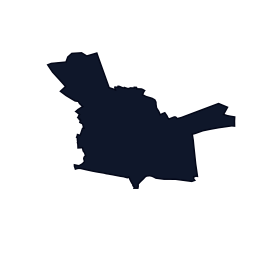 the district of Maiduguri, Borno, Nigeria, rotated 112°
{"feature_id": "59680162B20780696540875", "entity_name": "Maiduguri", "entity_type": "district", "adm_level": 2, "iso_a3": "NGA", "parent_name": "Nigeria", "parent_adm1": "Borno", "projection": "robinson", "projection_center": [13.133, 11.834], "detail": "fine", "context": "isolated", "style": "filled", "palette": "ink", "viewbox_px": 256, "rotation_deg": 112, "n_neighbors": 0, "source": "geoboundaries", "source_scale": "gbopen_adm2", "svg_char_len": 2695}
<svg xmlns="http://www.w3.org/2000/svg" viewBox="0 0 256 256"><g transform="rotate(112 128 128)"><path d="M87.1,126.6L86.9,128.0L86.8,128.8L86.8,129.9L86.9,130.5L88.1,133.7L88.4,134.5L87.8,134.8L87.2,135.4L87.5,136.2L87.9,137.4L88.6,137.1L89.2,138.8L89.3,139.0L89.5,139.5L89.8,140.6L91.5,142.6L91.6,143.7L91.8,146.5L92.5,146.4L92.7,148.4L92.8,149.7L92.7,149.8L92.7,150.8L92.7,151.1L92.7,151.6L92.8,152.2L93.1,152.9L94.1,152.6L94.1,152.8L94.4,153.5L94.8,155.1L95.1,155.5L95.6,155.2L96.0,154.9L96.3,154.7L96.5,154.5L97.4,153.9L97.4,156.2L97.7,160.6L74.7,181.1L70.2,185.0L76.7,193.2L75.7,199.2L79.9,208.0L84.7,210.4L90.1,210.2L96.9,223.3L99.5,226.1L102.3,222.0L104.5,218.7L108.6,210.1L112.9,201.4L119.3,204.4L121.1,197.5L122.2,190.6L122.7,187.2L121.9,184.0L123.0,182.7L123.6,181.8L124.2,180.2L124.6,179.2L125.1,178.0L126.9,179.3L129.5,181.2L132.3,182.6L132.4,181.8L133.1,179.6L133.6,177.9L134.9,178.3L135.9,178.3L137.2,178.5L137.7,176.3L138.4,176.4L138.5,176.1L138.6,174.9L139.3,174.9L140.4,174.8L140.8,174.8L140.9,174.3L141.0,173.1L141.0,172.2L141.4,171.4L143.7,169.7L144.7,168.7L145.3,170.0L147.3,169.9L148.8,169.8L150.4,169.7L152.9,169.7L152.9,171.7L153.0,172.4L154.1,172.2L154.6,172.1L155.9,172.2L156.3,171.2L157.2,170.7L158.0,170.5L159.1,169.7L160.5,169.4L161.5,168.6L162.9,167.9L165.2,166.9L164.5,165.4L163.3,162.9L164.9,161.7L166.0,161.0L167.2,159.0L169.8,156.8L170.7,157.6L171.6,157.7L172.2,157.7L173.1,157.5L174.6,156.3L175.5,155.9L176.1,155.9L176.9,156.3L177.9,156.7L179.0,157.4L180.1,158.3L180.9,158.9L181.5,159.8L182.2,163.9L183.4,163.4L184.6,162.4L185.8,161.4L185.3,160.8L184.2,159.3L183.7,158.2L183.2,156.7L182.4,151.6L181.2,144.7L180.4,140.7L178.7,133.1L178.5,131.2L177.7,127.9L177.7,127.6L177.1,125.0L176.6,122.4L175.5,116.8L174.8,114.0L174.4,110.5L174.3,109.9L173.1,108.9L176.3,105.4L177.7,103.7L178.2,102.9L178.7,102.1L179.3,102.0L179.7,101.7L180.1,100.5L180.6,100.1L181.6,99.9L180.9,98.3L180.1,96.3L179.6,96.4L178.2,96.7L176.7,97.4L176.1,97.5L174.1,96.8L172.2,96.0L169.1,94.6L167.3,94.0L165.9,93.1L165.5,92.7L164.1,90.1L163.7,88.0L163.7,86.4L164.0,83.3L162.0,75.6L157.7,64.7L153.6,48.9L151.5,46.5L150.9,47.7L150.3,48.2L149.8,48.4L148.5,48.9L148.2,48.1L147.2,47.1L146.8,45.5L136.0,51.8L119.1,60.8L115.2,62.8L109.7,66.1L107.8,63.6L102.5,57.6L98.3,51.3L93.7,44.0L87.1,32.6L86.3,29.9L81.6,31.9L77.8,33.2L78.7,37.1L79.4,40.8L79.6,44.5L71.5,43.5L71.4,53.2L91.0,74.5L98.2,82.3L101.0,86.0L100.4,86.8L100.1,87.7L100.1,88.5L100.5,89.3L104.4,93.4L103.5,95.1L102.2,96.4L100.1,99.6L101.5,101.1L103.7,103.1L101.1,105.7L98.7,109.1L95.6,110.9L93.6,111.8L91.9,113.7L91.5,116.8L92.1,123.2L91.7,127.0L89.2,127.0L87.7,126.8L87.1,126.6Z" fill="#0f172a" stroke="#020617" stroke-width="1.5"/></g></svg>